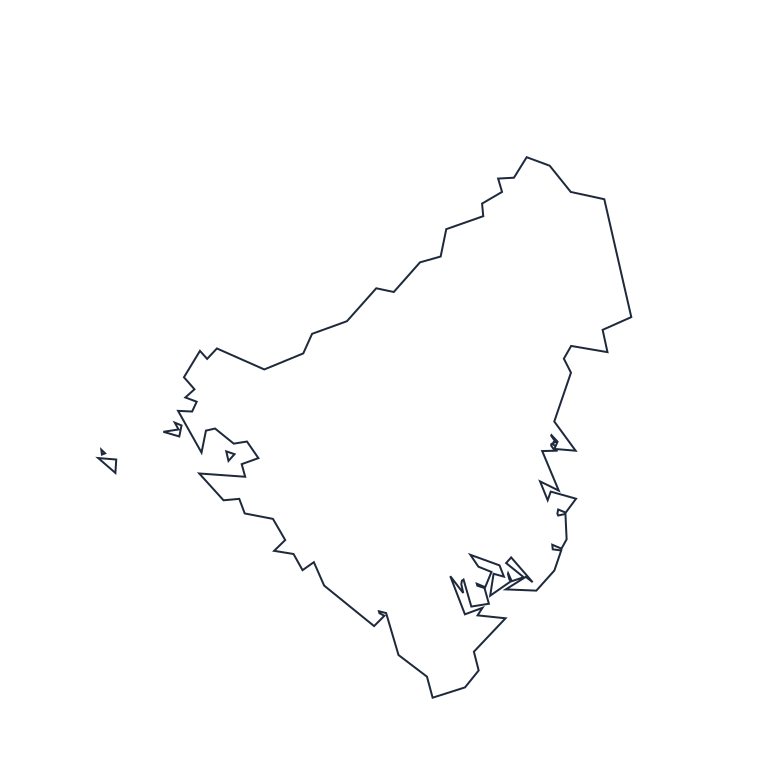 outline of Soná, Veraguas, Panama, rotated 24°
{"feature_id": "35544464B54310039107980", "entity_name": "Soná", "entity_type": "district", "adm_level": 2, "iso_a3": "PAN", "parent_name": "Panama", "parent_adm1": "Veraguas", "projection": "mercator", "projection_center": [-81.367, 7.878], "detail": "medium", "context": "isolated", "style": "outline", "palette": "slate", "viewbox_px": 768, "rotation_deg": 24, "n_neighbors": 0, "source": "geoboundaries", "source_scale": "gbopen_adm2", "svg_char_len": 1969}
<svg xmlns="http://www.w3.org/2000/svg" viewBox="0 0 768 768"><g transform="rotate(24 384 384)"><path d="M268.7,419.4L216.9,419.5L212.2,433.0L202.4,428.6L198.5,459.2L213.0,465.9L208.0,477.1L220.1,476.4L219.9,487.2L206.8,492.3L245.2,520.9L240.3,499.0L247.8,493.4L271.0,499.6L282.2,492.3L299.4,502.8L286.6,515.1L294.9,525.2L251.6,540.9L284.7,555.5L298.5,547.8L309.4,558.9L337.4,552.4L357.2,566.7L351.5,581.1L370.5,576.1L385.3,587.2L392.4,575.3L411.3,592.5L473.4,609.2L478.6,595.6L473.0,595.2L471.8,593.7L479.1,592.4L507.5,625.7L542.3,633.9L556.0,650.8L581.4,628.2L587.0,607.2L575.0,592.0L590.3,548.6L563.6,557.3L565.0,548.4L551.6,561.5L522.7,532.6L541.4,542.7L536.0,535.4L535.2,532.0L536.2,530.3L554.3,551.8L569.2,542.1L558.8,529.5L551.3,530.3L550.0,528.7L559.1,528.5L558.6,512.0L544.5,512.5L532.4,504.9L563.3,502.7L571.9,511.2L561.3,512.8L567.1,534.2L580.1,512.7L577.9,511.4L574.5,507.1L574.4,506.4L580.9,512.2L590.2,503.7L568.4,497.9L570.7,490.7L600.4,504.6L592.0,502.5L578.8,522.1L607.2,510.8L615.5,485.1L613.6,464.0L605.4,466.4L603.1,462.4L613.1,462.2L614.0,451.6L602.6,428.9L596.6,433.3L595.1,431.9L594.2,427.8L602.3,427.6L606.1,410.7L580.1,414.5L580.8,423.6L566.2,409.5L587.0,410.3L555.8,380.9L569.7,374.3L565.7,374.6L561.9,372.4L561.3,371.0L561.8,370.2L564.0,370.6L562.6,368.9L562.6,368.0L565.7,366.6L563.6,366.7L558.0,363.4L557.8,363.2L557.8,362.6L566.0,366.1L566.1,374.0L586.2,367.0L554.8,349.0L550.2,297.6L538.0,287.7L539.5,273.1L575.2,264.0L561.7,245.6L582.7,222.3L510.1,125.6L476.5,132.6L446.6,117.2L422.1,118.8L418.8,142.7L404.7,149.9L413.7,160.5L400.2,179.3L406.4,190.3L377.9,217.2L383.9,244.5L367.4,258.2L355.5,296.0L338.0,299.7L324.6,341.7L297.9,367.4L297.8,388.9L268.7,419.4ZM174.8,574.5L170.1,561.9L153.0,567.9L174.8,574.5ZM215.9,504.2L208.6,504.4L214.8,509.1L201.9,517.4L218.3,515.2L215.9,504.2ZM276.0,508.9L267.3,509.7L273.2,517.5L276.0,508.9ZM157.4,560.8L152.5,559.0L155.0,563.2L157.4,560.8Z" fill="none" stroke="#1e293b" stroke-width="2"/></g></svg>